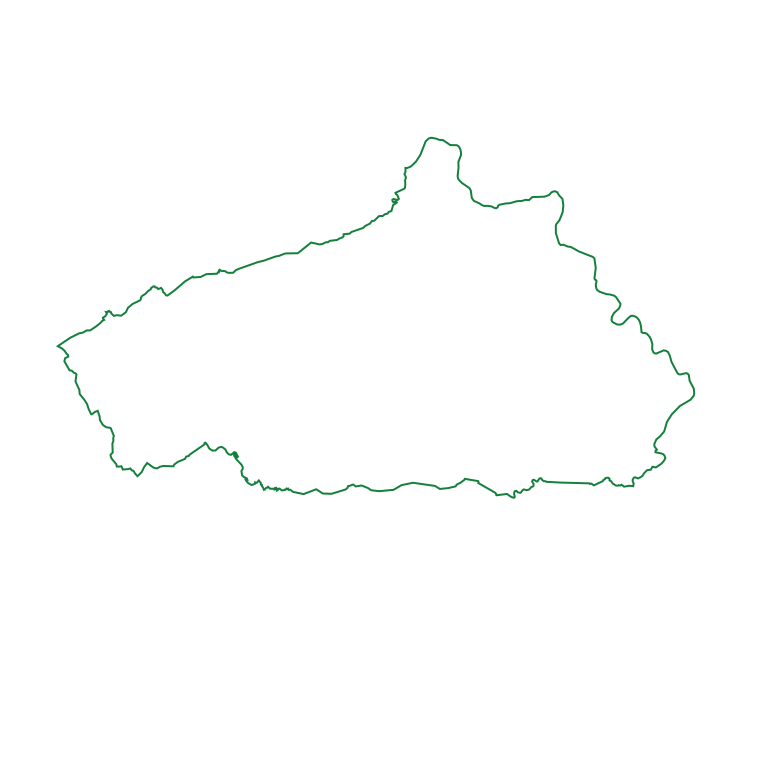 the district of Cu Jut, Đắk Nông, Vietnam, rotated 334°
{"feature_id": "81297802B43064907961903", "entity_name": "Cu Jut", "entity_type": "district", "adm_level": 2, "iso_a3": "VNM", "parent_name": "Vietnam", "parent_adm1": "Đắk Nông", "projection": "albers", "projection_center": [107.738, 12.679], "detail": "fine", "context": "isolated", "style": "outline", "palette": "green", "viewbox_px": 768, "rotation_deg": 334, "n_neighbors": 0, "source": "geoboundaries", "source_scale": "gbopen_adm2", "svg_char_len": 6166}
<svg xmlns="http://www.w3.org/2000/svg" viewBox="0 0 768 768"><g transform="rotate(334 384 384)"><path d="M107.4,207.0L110.2,211.1L111.5,214.2L111.9,217.5L112.7,219.3L112.2,221.0L108.8,221.0L106.7,223.4L107.3,233.3L107.5,234.0L109.3,235.2L110.1,237.6L111.6,239.5L111.7,240.7L107.8,246.5L107.6,255.8L106.1,259.6L107.8,267.2L108.3,272.0L107.6,276.7L107.5,282.4L107.7,283.0L108.7,283.1L111.8,282.4L114.9,282.6L114.3,287.9L112.9,292.1L113.4,297.6L115.4,301.1L118.8,303.5L119.0,304.2L118.4,312.3L117.0,313.8L115.8,316.5L113.7,318.6L110.1,326.7L107.2,327.7L106.8,328.8L106.5,330.4L106.7,332.7L108.2,338.7L107.7,341.0L109.1,341.9L111.9,342.8L111.8,346.4L116.9,348.4L119.0,348.7L119.5,351.2L120.5,351.9L120.9,353.0L120.9,354.9L122.0,358.8L127.7,356.9L132.0,353.5L136.5,351.2L140.3,358.3L142.5,360.1L143.5,360.4L146.3,360.1L149.8,361.0L158.7,365.7L160.0,364.5L164.4,363.6L172.2,364.1L174.4,362.5L176.8,363.1L178.3,362.3L196.0,359.6L196.9,358.4L197.8,358.5L198.5,361.3L198.7,365.5L200.5,368.5L203.4,369.9L207.3,368.7L209.5,369.0L211.0,369.9L212.8,373.3L212.7,376.4L213.7,379.2L215.4,380.6L219.6,379.6L220.7,380.7L220.8,385.4L220.1,385.6L219.7,385.3L219.5,382.6L218.9,381.7L218.1,381.9L217.9,383.2L218.4,387.2L220.5,394.0L220.6,396.9L219.6,398.5L217.7,399.7L216.4,403.9L217.1,405.8L219.3,408.6L219.2,410.2L217.7,409.4L217.7,410.6L218.5,413.5L220.7,416.8L224.2,417.1L225.1,415.9L225.6,416.8L226.4,417.0L229.2,415.8L229.9,419.1L229.2,420.3L230.1,421.3L229.5,422.1L229.9,424.3L229.6,426.4L230.7,426.6L232.5,425.7L233.5,426.0L234.7,425.5L235.8,428.3L238.5,429.5L239.4,431.0L239.9,431.0L240.5,429.7L241.6,430.0L241.9,430.9L241.2,432.8L242.0,432.8L242.8,432.0L244.3,432.2L245.4,434.8L247.7,435.6L248.4,435.4L249.1,435.9L250.5,435.2L251.1,436.2L251.9,436.0L252.1,437.5L253.5,438.0L254.6,440.5L255.5,441.5L263.5,447.7L276.9,448.9L281.0,455.6L288.7,459.7L303.4,462.0L305.4,461.4L307.1,460.0L308.4,460.5L311.8,460.7L312.5,461.2L313.7,463.7L318.6,465.1L319.8,465.8L324.2,470.8L325.8,473.8L332.6,478.2L346.2,483.3L355.5,482.6L366.8,485.5L385.2,498.0L388.2,502.8L396.0,505.7L403.5,507.4L405.2,506.3L409.2,506.3L414.2,505.4L415.1,504.7L426.1,512.6L425.8,514.2L425.4,514.4L436.1,530.2L436.5,531.1L436.6,532.4L436.2,532.8L436.5,533.4L446.3,536.7L448.8,541.2L450.8,543.2L452.0,542.9L452.8,539.7L454.3,537.7L456.2,538.1L456.7,539.9L458.6,541.5L459.4,541.6L461.9,540.2L463.4,540.0L465.6,541.9L468.2,542.5L471.2,541.2L473.2,541.4L473.8,541.0L474.6,539.5L474.4,536.5L475.4,535.6L476.7,535.7L478.4,538.5L479.2,538.9L481.8,537.3L483.3,537.2L483.9,537.7L484.2,539.8L484.9,541.2L486.7,542.3L486.9,543.0L499.3,549.9L525.0,563.3L525.3,564.1L526.7,564.4L528.2,567.1L538.1,567.2L539.1,566.4L540.6,566.5L541.7,565.6L544.2,566.3L545.2,567.8L544.4,569.5L545.5,570.9L546.0,573.9L548.0,577.0L549.6,577.9L550.6,577.8L551.7,578.8L553.4,578.7L554.8,581.5L560.1,583.1L563.2,585.1L564.9,582.6L564.8,580.5L565.6,579.0L567.6,577.7L569.0,578.1L570.9,580.2L573.6,580.3L576.2,579.8L578.9,578.1L582.8,576.8L586.2,578.0L588.5,576.3L589.3,576.2L591.7,578.2L598.1,577.3L601.5,576.0L604.3,574.1L604.7,571.2L604.3,569.7L602.6,567.8L598.1,564.4L598.8,563.0L600.5,562.6L599.7,558.8L600.6,556.5L604.5,553.2L608.8,552.2L615.0,549.5L621.7,542.1L629.4,537.4L640.3,533.5L652.7,532.5L657.3,530.3L658.8,528.3L660.4,523.9L660.1,515.1L661.9,509.6L661.5,507.9L660.4,506.7L654.4,505.3L653.1,504.3L652.5,502.8L652.1,490.2L653.3,483.7L653.3,479.8L652.2,478.0L650.2,476.4L642.1,476.0L640.6,475.0L640.0,473.5L640.2,470.5L642.7,465.7L643.5,460.9L643.5,458.3L642.3,454.1L641.1,452.7L639.3,451.9L638.2,450.3L640.2,445.0L641.1,441.2L641.2,438.1L640.4,434.9L638.1,432.1L635.9,431.0L633.0,431.6L625.4,434.4L622.2,434.2L619.4,432.5L616.6,428.5L616.4,426.6L618.1,423.7L621.6,421.1L628.4,419.1L631.1,416.7L631.7,415.5L630.7,407.9L629.7,405.6L626.3,402.6L623.4,400.8L618.2,395.6L616.7,392.8L616.9,390.2L617.8,387.7L620.1,384.8L620.1,383.6L619.3,382.5L619.5,381.2L625.2,372.5L628.2,363.3L627.4,361.3L617.3,350.3L611.9,342.6L609.5,341.1L606.2,337.4L603.7,336.5L603.0,334.4L604.6,323.8L607.9,316.9L608.7,316.0L613.5,313.7L619.8,308.0L623.5,302.1L625.5,295.9L624.0,291.0L623.8,287.6L622.0,285.6L619.8,285.1L618.0,285.3L615.4,286.5L610.4,286.0L599.2,281.0L595.0,282.3L591.9,280.5L588.1,279.9L583.7,278.0L576.4,276.7L572.6,275.1L566.3,273.5L565.0,273.7L563.6,275.0L561.8,275.2L560.2,273.9L558.7,271.7L555.6,269.5L552.0,267.8L550.7,266.5L548.8,263.3L545.2,259.0L544.8,257.6L544.5,255.2L546.8,248.2L546.7,245.4L542.2,237.6L540.8,233.5L540.7,231.5L541.4,229.2L545.8,222.3L548.2,217.0L553.1,212.4L554.4,210.7L555.4,207.0L555.5,204.2L555.1,202.6L554.0,201.2L548.3,198.3L543.9,190.6L540.6,188.7L538.5,186.4L534.7,183.5L532.0,182.9L527.9,184.1L517.0,194.1L510.1,198.2L503.4,200.3L499.3,200.0L498.0,199.2L496.3,202.8L494.4,204.3L494.3,208.0L492.2,210.2L490.7,213.9L488.7,217.0L487.5,217.4L478.1,217.2L478.0,218.3L478.8,220.0L478.5,224.1L476.8,224.6L473.7,221.9L472.4,222.0L471.8,223.4L472.1,224.7L474.5,225.1L475.1,226.4L474.2,226.8L470.7,227.1L466.5,231.8L463.8,231.4L462.0,232.4L459.3,231.8L456.5,232.4L453.1,230.9L447.4,232.8L446.5,232.9L444.7,232.2L441.6,233.7L436.3,233.7L433.8,234.6L421.6,233.1L419.0,233.8L413.4,231.7L412.3,233.6L411.2,234.0L407.3,233.7L405.1,234.0L398.1,231.6L395.5,232.0L394.0,231.1L390.3,231.2L387.4,230.4L380.5,224.9L363.9,228.7L353.2,223.7L351.2,223.2L346.2,222.9L342.1,221.8L330.3,220.5L323.6,219.1L304.5,216.9L300.7,216.7L297.3,217.9L292.8,215.9L291.2,214.1L290.7,212.9L287.1,210.9L286.4,209.3L285.6,209.5L284.6,211.2L283.7,210.8L282.3,211.7L272.5,207.4L266.1,207.4L259.4,204.7L259.3,203.7L250.3,204.5L237.4,207.9L228.2,209.6L227.0,208.7L226.6,206.2L225.8,204.6L226.3,202.3L225.7,199.9L222.6,199.7L222.2,197.8L220.7,196.9L220.6,195.6L219.5,195.2L216.6,195.7L215.9,196.6L212.4,197.1L209.1,198.4L205.2,198.8L203.3,199.9L202.3,201.5L201.1,201.9L193.2,201.8L187.3,203.3L183.5,206.3L177.8,207.4L174.0,205.0L171.1,204.4L169.8,201.0L170.1,199.8L169.3,199.0L169.0,197.8L168.3,197.6L167.0,198.3L165.7,197.4L165.7,199.2L165.2,199.8L162.9,201.0L160.4,201.2L160.2,202.2L160.6,203.7L158.2,203.8L155.7,204.9L150.1,206.1L143.3,207.0L140.3,205.5L136.0,205.8L132.0,204.8L122.4,204.9L107.4,207.0Z" fill="none" stroke="#15803d" stroke-width="2"/></g></svg>